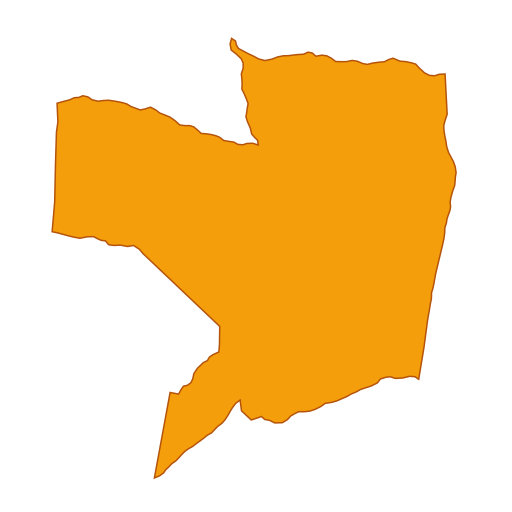 Miraíma, Ceará, Brazil, rotated 88°
{"feature_id": "56859067B49924761215714", "entity_name": "Miraíma", "entity_type": "district", "adm_level": 2, "iso_a3": "BRA", "parent_name": "Brazil", "parent_adm1": "Ceará", "projection": "robinson", "projection_center": [-39.915, -3.576], "detail": "fine", "context": "isolated", "style": "filled", "palette": "amber", "viewbox_px": 512, "rotation_deg": 88, "n_neighbors": 0, "source": "geoboundaries", "source_scale": "gbopen_adm2", "svg_char_len": 2956}
<svg xmlns="http://www.w3.org/2000/svg" viewBox="0 0 512 512"><g transform="rotate(88 256 256)"><path d="M80.7,60.7L80.8,66.5L82.1,71.1L81.5,76.5L78.8,81.3L73.4,86.7L69.8,89.7L68.4,93.8L67.0,99.3L66.3,105.3L63.1,112.2L64.4,116.8L66.4,121.0L66.6,126.4L67.3,133.0L68.4,137.9L67.4,142.6L64.9,147.9L63.9,153.1L64.9,158.7L64.8,163.9L64.4,169.6L61.0,173.8L58.4,178.3L57.6,183.1L58.4,189.2L55.1,192.7L54.1,196.9L56.0,201.4L56.2,208.5L56.9,216.4L56.9,221.8L57.8,227.5L59.8,233.1L61.0,240.2L59.2,246.4L56.4,251.1L53.8,256.2L51.3,260.6L48.0,266.3L44.3,268.3L40.4,269.0L37.7,272.8L43.2,274.5L49.3,273.6L53.7,268.4L58.3,263.9L62.8,262.1L67.9,262.3L73.5,264.3L79.0,263.9L84.0,263.9L88.8,264.3L93.5,262.1L99.3,259.9L103.4,258.6L107.5,259.5L112.2,260.3L116.5,261.2L121.3,259.9L128.1,257.2L133.8,256.1L137.1,253.5L140.4,250.4L145.1,249.9L143.2,255.5L143.2,261.2L144.4,265.2L143.8,270.3L141.4,274.1L140.4,279.7L139.4,284.3L136.1,288.2L134.4,291.9L133.2,296.0L132.2,301.1L131.6,306.5L128.3,309.8L124.8,313.7L123.4,317.5L123.2,322.5L122.4,327.6L118.3,331.8L114.2,337.1L111.4,343.3L109.7,347.3L106.5,351.1L103.6,356.2L105.2,361.9L106.0,366.6L104.2,371.0L102.3,375.6L99.5,379.9L97.8,385.2L96.4,391.3L95.2,397.9L95.3,403.5L95.8,408.3L94.2,414.3L91.1,418.5L89.8,423.6L91.3,427.3L91.5,432.1L93.4,436.7L95.0,443.8L96.4,449.5L115.0,449.3L125.2,451.1L157.5,453.2L194.9,455.3L224.6,458.9L226.0,453.3L227.4,448.9L229.1,443.4L230.7,437.8L232.1,431.4L230.9,423.9L231.0,417.6L232.9,414.3L235.0,410.1L235.6,406.0L239.6,402.8L240.5,397.7L240.4,391.2L242.0,384.1L241.2,378.0L245.2,372.3L249.7,368.8L325.1,294.7L343.1,295.6L350.6,296.5L353.1,302.5L355.3,306.0L358.9,308.3L360.7,312.4L366.2,318.5L371.4,322.2L376.6,323.5L380.4,325.5L382.8,329.0L383.6,333.1L387.2,335.7L391.3,338.2L389.4,346.6L474.3,365.3L472.3,360.0L469.5,355.9L466.3,353.5L463.8,350.6L460.7,347.5L457.8,343.1L454.8,340.0L451.9,337.3L448.6,333.7L446.3,330.2L444.1,326.0L440.5,320.9L436.6,315.1L433.5,311.1L431.2,306.6L428.4,303.8L425.1,300.4L421.9,295.8L418.4,292.5L413.9,289.4L410.3,287.2L407.1,285.1L402.5,281.4L399.4,276.9L410.2,275.9L419.7,266.5L418.0,260.6L416.6,256.1L419.6,253.1L420.7,248.3L423.5,243.0L423.5,235.4L420.6,230.3L417.1,226.9L414.7,222.4L413.1,218.7L413.3,213.1L412.9,207.6L411.3,202.2L408.6,196.3L405.7,192.0L404.9,185.4L403.6,180.2L401.7,175.4L399.6,170.1L397.2,165.6L395.3,160.5L393.0,156.1L391.7,151.6L390.0,145.6L387.1,139.2L383.2,135.9L381.7,130.3L381.4,125.9L383.2,121.0L383.0,113.5L381.6,106.6L382.2,101.3L384.9,97.7L353.1,91.3L325.8,86.7L322.3,86.0L316.5,84.7L310.2,83.5L304.7,82.2L298.6,81.8L295.1,80.5L289.5,79.1L280.1,77.1L252.2,69.4L245.7,67.7L240.0,66.7L234.0,66.2L229.9,64.6L225.4,63.8L221.5,62.3L217.6,60.7L213.6,59.8L208.7,60.1L204.0,59.1L197.8,57.1L192.5,55.0L188.2,54.4L184.0,54.0L179.8,53.1L173.7,53.8L168.6,55.4L164.5,57.4L159.2,60.0L153.3,61.6L147.9,62.2L142.0,63.2L136.5,63.8L132.2,63.8L127.7,62.5L121.0,60.0L80.7,60.7Z" fill="#f59e0b" stroke="#b45309" stroke-width="1.5"/></g></svg>